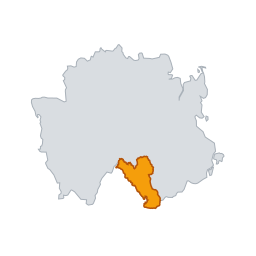 where Sachsen sits in Germany, rotated 73°
{"feature_id": "DEU-1601", "entity_name": "Sachsen", "entity_type": "State", "adm_level": 1, "iso_a3": "DEU", "parent_name": "Germany", "parent_adm1": "", "projection": "natural_earth1", "projection_center": [12.997, 50.915], "detail": "fine", "context": "in_parent", "style": "filled", "palette": "amber", "viewbox_px": 256, "rotation_deg": 73, "n_neighbors": 0, "source": "natural_earth", "source_scale": "10m", "svg_char_len": 8710}
<svg xmlns="http://www.w3.org/2000/svg" viewBox="0 0 256 256"><g transform="rotate(73 128 128)"><path d="M109.8,214.0L103.4,210.5L97.7,210.8L96.8,209.7L94.8,209.8L91.9,208.0L89.3,209.0L88.7,210.1L88.9,210.7L91.5,210.8L91.8,211.3L89.2,212.4L84.8,212.0L79.7,213.0L75.3,212.9L72.9,212.0L72.2,210.4L72.5,208.0L73.6,204.8L73.9,202.5L73.5,201.0L74.1,198.8L75.9,195.9L78.6,187.3L84.4,181.4L84.3,179.3L74.6,177.2L73.0,176.6L71.6,175.0L63.8,176.0L63.2,174.4L61.2,173.7L59.0,175.0L58.2,174.8L55.4,171.0L54.7,169.2L53.3,168.1L51.1,167.9L51.9,164.4L54.0,161.8L54.1,159.6L49.8,157.9L47.7,155.4L47.2,152.6L48.6,149.3L52.2,147.3L51.8,144.1L48.9,142.4L48.7,141.9L50.0,140.7L45.6,137.0L46.7,133.4L46.0,132.3L44.0,131.5L43.3,130.4L44.8,130.1L48.4,127.6L48.6,127.2L47.6,126.9L47.5,125.8L49.9,120.5L49.9,119.6L48.1,117.0L48.1,116.0L45.6,113.1L45.6,112.2L49.7,110.3L53.1,111.6L54.4,110.8L56.1,111.0L60.3,109.6L61.5,108.0L59.9,106.7L60.1,105.6L64.8,102.7L65.6,101.3L66.0,98.6L65.4,97.7L64.8,97.1L60.8,96.6L59.8,95.0L60.2,93.0L60.9,92.6L65.8,92.6L67.9,86.7L69.0,84.8L69.6,77.4L67.0,75.2L68.1,71.0L70.0,68.7L71.5,68.1L77.7,67.7L84.6,67.9L87.4,71.3L86.3,73.1L88.0,73.9L88.8,73.6L89.9,70.4L90.5,69.9L93.3,72.0L93.3,74.8L94.2,71.0L93.7,68.4L94.1,65.8L95.8,63.6L100.9,64.5L106.5,64.0L108.5,65.0L113.2,70.0L116.8,71.1L114.1,70.0L108.4,64.0L102.4,62.4L101.0,60.7L101.2,54.6L99.0,53.4L96.5,53.8L96.2,52.4L96.6,51.4L102.1,49.8L102.3,48.2L97.4,42.3L97.3,39.7L101.5,39.9L106.5,41.1L107.8,41.9L114.3,40.8L119.3,42.5L121.6,45.0L121.7,47.2L118.7,49.7L123.7,49.3L124.9,51.2L127.6,50.5L134.3,53.3L139.4,51.9L140.3,54.2L139.3,56.5L135.7,58.9L136.4,60.5L137.6,60.8L141.0,60.5L146.3,62.0L153.5,57.3L159.2,56.8L167.7,49.8L175.9,51.1L178.0,54.1L183.5,57.4L188.5,57.1L190.3,60.2L191.1,64.1L194.0,66.1L198.2,67.0L199.0,71.0L201.1,77.4L201.1,79.4L200.3,81.6L199.0,83.4L196.2,85.6L196.0,86.9L203.1,92.3L205.0,95.1L203.9,99.1L205.0,101.0L206.2,101.6L206.7,102.6L206.7,104.9L207.5,105.6L206.1,109.8L204.8,111.5L205.2,112.9L207.1,115.5L207.1,118.7L211.0,120.8L212.6,125.1L211.6,128.9L208.1,135.4L205.2,134.5L205.4,133.1L204.9,133.0L203.9,131.3L199.7,130.2L198.6,131.1L200.7,133.5L192.0,136.8L185.7,138.1L183.4,140.6L182.3,140.1L179.8,141.1L178.7,142.7L175.7,143.2L174.3,145.2L171.0,144.6L167.0,145.5L165.2,146.5L161.9,150.5L159.3,147.4L158.6,147.4L158.4,148.4L160.0,150.7L160.6,152.5L165.3,155.9L166.3,157.3L164.0,161.0L168.5,167.7L171.9,170.8L173.8,170.8L178.0,174.9L180.8,176.3L182.9,179.2L185.6,179.6L189.8,183.0L190.6,184.2L190.1,188.5L188.0,190.1L184.5,188.6L182.4,193.9L173.4,197.7L170.8,200.0L170.8,200.8L174.5,205.2L174.5,207.2L173.4,209.3L176.0,209.8L176.4,210.9L175.6,215.1L171.8,213.6L171.0,211.2L169.4,210.5L165.6,211.3L160.5,209.3L160.0,211.7L151.2,212.6L145.0,214.9L143.2,216.4L138.4,217.1L137.2,217.0L135.2,214.1L127.1,213.3L125.7,217.8L124.6,219.1L122.1,219.9L122.5,217.9L120.0,217.1L119.9,215.8L118.2,214.5L114.0,212.8L112.2,214.0L109.8,214.0ZM188.2,51.8L188.6,53.3L188.2,54.1L186.1,52.8L184.1,52.8L182.9,54.9L182.0,55.0L178.8,53.1L178.3,52.2L178.5,48.0L179.5,47.1L179.7,45.8L181.4,44.5L183.0,44.4L184.2,46.4L187.2,47.7L187.5,48.2L185.9,49.9L186.2,50.8L188.2,51.8ZM197.3,61.8L197.4,63.7L192.2,63.5L191.7,62.1L192.1,60.8L190.4,59.3L190.4,57.7L197.3,61.8ZM91.4,41.0L90.2,42.9L90.5,39.6L92.6,36.1L93.4,36.2L92.3,37.8L92.0,39.8L96.5,40.0L96.0,40.6L91.4,41.0ZM144.3,51.0L141.5,51.0L139.4,49.8L140.7,48.3L143.4,49.0L144.3,51.0ZM95.7,44.1L95.0,44.7L92.3,44.1L94.3,43.0L95.4,43.3L95.7,44.1Z" fill="#d9dde1" stroke="#a8b0b8" stroke-width="1"/><path d="M201.2,130.8L200.8,130.7L200.6,130.5L200.4,130.3L199.7,130.2L199.2,130.2L198.7,130.6L198.5,131.3L198.3,131.5L198.5,131.6L199.1,131.7L199.5,131.8L199.4,131.9L199.3,132.0L199.7,132.6L200.4,132.8L200.9,133.0L200.8,133.6L200.3,133.9L198.8,133.9L198.2,134.0L197.6,134.5L197.4,134.7L194.5,135.8L194.2,135.8L193.5,135.7L193.1,135.8L192.9,135.9L192.6,136.2L192.4,136.3L192.2,136.3L191.9,136.3L191.7,136.5L191.7,137.1L191.6,137.3L191.3,137.4L190.8,137.7L190.5,137.7L189.6,137.6L189.2,137.7L188.5,137.9L188.2,137.9L186.5,137.9L185.7,138.1L184.9,138.4L185.1,138.8L185.0,139.1L184.8,139.4L184.5,139.6L184.6,139.8L184.5,140.0L184.3,140.1L184.0,140.4L183.7,140.7L183.3,140.7L182.9,140.6L182.8,140.4L182.5,140.1L182.4,140.0L182.2,139.9L182.1,140.0L181.3,140.5L181.2,140.7L181.0,141.2L180.6,141.3L180.3,141.2L180.0,141.0L179.7,141.0L179.0,142.4L178.8,142.7L178.3,143.0L177.3,143.0L176.8,143.1L176.5,143.2L176.1,143.1L175.8,143.0L175.7,143.0L175.4,144.1L175.3,144.5L175.0,144.8L174.5,145.2L173.8,145.2L172.1,144.3L171.8,144.3L171.4,144.5L171.1,144.5L170.8,144.5L170.5,144.6L170.3,144.8L169.8,145.3L169.6,145.5L169.4,145.5L168.4,145.3L167.0,145.4L166.3,145.6L165.6,146.1L165.5,146.4L165.5,146.6L165.1,146.8L164.9,146.9L164.4,147.2L164.2,147.3L163.6,148.2L163.4,148.4L163.2,148.5L163.0,149.1L162.6,149.4L162.5,149.7L162.5,150.1L162.5,150.4L162.6,150.6L162.6,150.9L162.4,151.0L162.0,151.0L161.8,150.7L161.6,150.1L161.6,149.8L161.5,149.7L161.0,149.2L161.3,148.9L161.2,148.7L160.6,148.7L160.3,148.6L160.1,148.4L160.0,147.9L159.9,147.6L159.6,147.4L158.7,147.4L158.5,147.2L158.0,147.0L157.8,147.1L157.6,147.0L156.8,146.6L156.6,146.5L156.5,146.0L156.5,145.9L156.4,145.7L156.1,145.5L155.7,145.0L155.5,144.9L155.0,145.0L154.9,144.8L154.9,144.7L155.1,144.5L155.5,144.4L155.6,144.1L155.8,143.9L155.8,143.6L155.7,143.5L155.5,143.3L155.4,143.2L155.5,143.0L155.6,142.8L155.8,142.6L156.2,142.3L156.5,142.1L156.6,141.9L156.8,141.8L157.0,141.9L157.3,142.1L157.5,142.2L157.9,142.1L158.3,141.5L158.6,141.5L158.8,141.5L159.0,141.6L159.5,141.5L159.7,141.3L159.8,141.0L159.8,140.5L160.3,140.0L160.4,139.9L160.7,139.9L161.0,140.0L161.5,140.0L161.6,139.9L162.2,139.6L162.4,139.4L162.8,138.8L162.6,138.8L162.2,138.8L162.0,138.7L161.9,138.5L161.7,138.2L161.8,137.9L161.7,137.7L161.3,137.7L161.4,137.2L161.6,137.1L161.8,137.1L162.2,136.7L161.8,136.5L161.6,136.3L161.6,136.0L163.0,135.7L163.7,135.2L164.4,135.2L164.6,135.2L164.6,135.3L165.0,134.9L165.4,134.5L166.2,134.2L166.2,133.9L166.6,134.0L167.0,134.0L167.6,134.1L167.9,134.0L168.0,134.0L168.3,134.1L168.5,133.8L168.8,133.7L168.4,132.8L168.0,132.2L167.5,132.0L167.0,131.8L166.7,131.6L166.5,131.2L166.0,130.4L165.8,129.7L163.0,129.0L161.8,129.1L161.0,129.0L160.9,129.0L160.8,128.9L160.8,128.7L160.7,128.4L160.4,128.2L160.2,127.9L160.3,127.2L159.7,127.1L159.7,126.9L159.9,126.7L160.0,126.4L159.9,125.8L159.9,125.5L159.5,125.1L159.5,124.6L159.4,124.4L159.3,124.2L159.6,123.7L159.8,123.5L160.1,123.5L160.3,123.4L160.3,123.2L160.3,122.8L160.1,122.4L160.0,122.2L160.1,121.9L160.0,121.3L159.8,121.1L159.8,120.7L160.1,120.3L160.3,120.1L160.5,119.7L160.5,118.6L161.1,118.2L161.2,117.9L161.3,117.8L161.9,118.0L162.4,118.1L162.6,118.1L163.5,117.7L164.9,117.6L165.0,117.4L165.1,116.9L165.3,116.8L166.7,116.9L167.0,117.0L168.7,116.8L168.8,116.8L169.0,116.9L169.4,116.8L169.5,116.6L169.8,116.2L170.1,116.0L170.8,116.1L171.3,116.3L171.7,116.2L172.6,115.5L172.8,115.3L173.3,115.3L173.5,115.6L173.8,115.8L174.1,115.8L174.3,115.9L174.7,116.0L174.9,116.3L175.2,116.3L175.3,116.2L175.5,116.1L175.8,116.2L176.2,116.5L176.7,116.6L177.2,117.2L177.5,117.3L177.8,117.3L178.4,117.6L178.5,117.6L178.5,117.9L178.4,118.1L178.6,118.4L179.0,118.6L179.1,118.9L179.2,119.4L179.2,119.5L178.9,119.8L178.9,120.0L179.0,120.1L179.0,120.3L179.0,120.5L179.0,120.9L178.9,121.1L178.6,121.4L178.6,121.5L178.7,121.9L178.7,122.0L178.8,122.0L179.1,121.7L179.3,121.7L179.6,121.6L179.8,121.7L180.0,122.0L182.1,121.5L182.3,121.3L182.5,121.2L182.9,121.2L183.8,121.5L184.1,121.7L184.2,121.8L184.4,121.9L184.7,122.1L185.0,122.4L185.2,122.5L185.6,122.5L185.8,122.5L186.7,122.7L189.5,122.9L192.7,122.6L193.0,122.6L193.3,122.6L193.6,122.2L194.6,121.0L194.9,120.5L194.9,120.1L195.0,119.9L195.7,119.2L196.0,119.0L196.7,118.7L197.9,118.4L198.7,118.5L199.4,118.7L200.0,119.1L200.7,118.9L203.2,118.0L204.0,117.8L204.3,117.8L204.7,117.8L205.2,118.0L206.0,118.3L206.8,118.3L206.9,118.6L207.3,118.9L208.5,119.2L208.9,119.5L209.3,119.7L210.2,119.9L210.6,120.0L210.9,120.2L211.2,120.5L211.4,120.8L211.3,121.1L211.5,122.8L211.5,123.2L211.6,123.3L211.9,123.8L212.4,124.2L212.6,124.7L212.5,125.4L212.7,125.5L212.4,126.0L212.1,126.6L212.0,127.3L212.0,127.9L211.9,128.2L211.8,128.4L211.7,128.5L211.5,128.9L211.5,129.3L211.5,129.6L210.7,131.3L209.8,133.1L209.1,133.7L208.9,134.0L208.9,134.5L208.6,135.1L208.4,135.4L208.2,135.5L207.9,135.6L207.5,135.6L206.8,135.5L206.1,135.0L205.9,134.9L205.2,134.8L205.1,134.6L205.2,134.2L205.5,133.6L205.6,133.3L205.5,133.0L205.3,133.0L204.2,133.3L204.0,133.2L204.1,132.9L204.4,132.6L204.5,132.3L204.5,131.9L204.5,131.7L204.3,131.5L204.1,131.3L203.9,131.1L203.4,131.0L203.1,130.9L203.0,130.7L202.9,130.4L202.8,130.2L202.6,130.6L202.4,130.6L201.7,130.6L201.2,130.8Z" fill="#f59e0b" stroke="#b45309" stroke-width="1.5"/></g></svg>